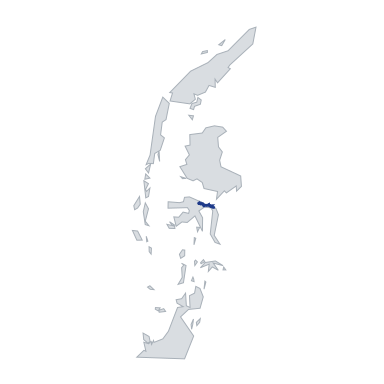 location of Donggala, Sulawesi Tengah, Indonesia, rotated 92°
{"feature_id": "22746128B11403753934380", "entity_name": "Donggala", "entity_type": "district", "adm_level": 2, "iso_a3": "IDN", "parent_name": "Indonesia", "parent_adm1": "Sulawesi Tengah", "projection": "mercator", "projection_center": [119.813, -0.351], "detail": "fine", "context": "in_parent", "style": "filled", "palette": "blue", "viewbox_px": 384, "rotation_deg": 92, "n_neighbors": 0, "source": "geoboundaries", "source_scale": "gbopen_adm2", "svg_char_len": 7031}
<svg xmlns="http://www.w3.org/2000/svg" viewBox="0 0 384 384"><g transform="rotate(92 192 192)"><path d="M130.1,159.7L136.5,168.2L146.0,167.1L150.9,163.1L159.3,165.5L165.8,163.9L174.3,143.9L184.7,142.8L189.6,147.5L184.4,148.0L191.7,157.6L189.7,159.7L198.4,167.3L190.6,166.5L188.1,180.1L182.1,182.1L178.7,187.5L180.8,191.3L178.5,197.3L167.1,205.0L164.6,198.1L159.9,199.7L155.0,195.9L146.4,200.5L145.2,195.6L134.7,196.2L132.7,183.8L127.4,180.4L125.1,171.9L126.1,163.6L130.1,159.7ZM25.0,133.8L41.9,136.4L63.6,158.5L66.3,160.3L67.5,158.0L82.0,170.3L78.4,172.9L86.6,172.4L84.9,178.7L91.7,182.1L95.2,189.8L93.8,193.5L99.2,191.9L104.0,197.2L101.8,217.1L93.7,214.9L93.4,217.7L71.3,197.6L62.1,180.5L53.7,171.9L49.6,160.9L27.5,140.4L25.0,133.8ZM359.0,193.6L359.0,241.4L351.9,234.5L352.8,232.5L343.8,234.9L345.2,230.1L342.8,227.6L343.6,227.2L345.1,227.4L345.9,227.1L341.7,225.3L343.6,224.7L339.8,216.0L332.0,210.7L307.9,202.4L306.9,196.8L303.7,203.0L300.2,204.1L299.0,198.6L293.3,194.9L305.9,193.7L307.5,189.9L295.7,190.9L293.0,185.9L286.2,184.9L288.1,180.7L296.4,177.1L307.9,179.9L309.5,191.4L317.2,199.1L335.9,185.3L359.0,193.6ZM241.6,167.2L233.3,172.3L210.1,170.6L207.3,172.5L206.3,178.6L210.7,184.5L217.4,180.5L230.9,180.2L215.8,188.2L222.6,195.7L222.3,201.0L226.8,206.6L217.5,209.3L217.7,204.4L212.4,200.2L213.5,194.6L210.6,194.0L207.8,196.0L209.0,215.4L202.6,215.5L203.1,204.0L202.0,200.2L197.6,199.3L197.0,194.4L202.3,181.1L204.7,180.8L203.8,175.1L207.8,167.4L213.8,164.8L234.6,168.3L243.2,162.2L241.6,167.2ZM104.2,217.8L120.6,220.5L123.2,224.2L136.0,225.4L138.9,221.5L151.4,225.2L154.8,230.6L165.0,231.6L164.9,236.1L166.3,238.8L156.6,235.2L117.6,231.1L98.2,224.5L104.2,217.8ZM262.3,168.3L269.3,163.0L266.2,169.1L270.8,172.9L263.5,172.3L267.4,181.0L262.0,176.3L260.1,166.2L264.5,158.4L262.3,168.3ZM265.7,195.4L283.0,197.4L284.8,202.7L277.7,198.8L268.0,199.7L265.2,197.6L263.6,200.0L265.7,195.4ZM226.2,237.6L213.4,240.0L204.5,238.3L210.3,234.9L222.8,237.7L227.2,233.9L226.2,237.6ZM189.5,234.2L198.0,235.3L199.5,238.0L182.4,240.5L185.2,235.8L191.0,238.5L193.0,237.5L189.5,234.2ZM241.8,240.1L242.1,245.4L232.5,250.2L232.9,245.0L241.8,240.1ZM104.0,186.7L106.3,192.5L109.6,193.3L108.5,196.9L103.6,195.1L102.1,190.4L97.3,189.4L99.7,186.0L104.0,186.7ZM341.2,235.1L334.7,236.0L337.9,229.9L342.9,228.6L344.5,230.9L341.2,235.1ZM206.0,243.3L209.9,245.8L211.7,248.7L207.7,249.7L198.3,244.3L206.0,243.3ZM256.0,197.1L258.7,201.0L254.7,202.4L250.1,199.5L250.3,197.2L256.0,197.1ZM165.5,234.3L174.5,236.1L170.4,239.4L165.5,234.3ZM179.6,234.6L180.9,239.6L175.6,238.9L179.6,234.6ZM119.8,194.2L115.4,197.9L115.8,193.2L119.8,194.2ZM312.3,214.2L313.3,220.6L311.3,220.9L309.6,216.2L312.3,214.2ZM162.6,225.4L155.7,227.4L152.7,226.3L162.6,225.4ZM229.1,207.8L229.1,213.5L225.2,215.9L226.7,208.3L229.1,207.8ZM38.5,164.1L44.7,167.4L43.9,170.4L38.5,164.1ZM53.7,187.5L51.3,186.3L50.1,181.6L52.0,181.5L53.7,187.5ZM288.6,233.1L287.2,230.8L290.9,226.6L290.7,230.4L288.6,233.1ZM281.5,175.0L288.7,176.6L280.6,176.0L281.5,175.0ZM238.1,186.6L244.7,188.2L237.5,188.1L238.1,186.6ZM226.0,210.6L222.5,213.4L225.6,208.3L226.0,210.6ZM318.2,179.3L321.9,179.8L325.4,182.5L322.1,183.1L318.2,179.3ZM255.5,230.7L253.1,232.7L248.2,233.0L249.5,230.6L255.5,230.7ZM312.0,221.6L310.4,224.6L308.8,224.5L308.9,219.8L312.0,221.6ZM265.4,186.6L261.1,187.1L259.9,186.1L261.7,184.2L265.4,186.6ZM318.9,186.1L324.2,186.6L329.2,187.6L324.4,188.3L318.9,186.1ZM227.1,183.1L231.5,185.1L227.0,186.1L227.1,183.1ZM268.8,158.3L265.9,157.7L268.7,155.5L268.8,158.3ZM237.8,236.2L242.7,234.4L243.3,235.5L237.8,236.2ZM281.5,186.8L280.7,189.5L277.0,188.1L278.8,187.3L281.5,186.8ZM179.0,202.0L177.1,203.8L178.6,198.3L179.0,202.0ZM261.1,176.8L263.4,180.4L262.5,181.0L259.2,178.2L261.1,176.8Z" fill="#d9dde1" stroke="#a8b0b8" stroke-width="1"/><path d="M206.9,169.1L206.6,169.1L206.4,169.1L206.3,169.3L206.2,169.3L206.1,169.5L206.1,170.0L206.1,170.5L206.2,170.8L205.9,171.0L205.6,171.0L205.3,171.0L205.2,171.0L205.0,171.3L205.0,171.6L204.8,171.9L204.7,172.1L204.8,172.1L204.9,172.4L205.1,172.3L205.1,172.7L205.2,172.8L205.0,173.0L204.9,172.9L204.6,172.9L204.3,172.8L204.2,172.9L204.2,173.1L204.4,173.2L204.6,173.4L204.6,173.5L204.8,173.6L205.0,173.9L204.9,174.2L205.0,174.5L204.9,174.9L204.7,175.2L204.6,175.3L204.4,175.3L204.2,175.3L204.2,175.1L204.0,174.9L203.9,174.7L203.5,174.4L203.4,174.4L203.5,174.5L203.4,174.6L203.2,174.6L203.2,174.8L203.3,174.9L203.3,175.0L203.4,175.3L203.6,175.4L203.7,175.5L203.8,175.6L204.1,175.4L204.4,175.4L204.5,175.5L204.4,175.6L204.5,175.8L204.4,176.1L204.4,176.4L204.2,176.5L204.2,176.8L204.1,177.0L204.1,177.4L204.1,177.7L204.1,177.9L204.1,178.1L204.2,178.4L204.3,178.5L204.3,178.9L204.5,179.1L204.4,179.2L204.5,179.4L204.6,179.5L204.8,179.5L204.8,179.4L204.9,179.2L205.1,179.1L205.3,179.1L204.9,179.5L205.3,179.6L205.5,179.5L205.4,179.7L205.2,179.8L205.1,180.0L204.9,180.1L205.0,180.1L205.3,180.3L205.5,180.3L205.8,180.3L206.0,180.3L206.1,180.7L206.1,180.4L206.0,180.2L206.1,179.9L206.0,179.7L206.0,179.4L206.0,179.2L205.9,179.1L205.9,178.8L205.8,178.7L205.7,178.7L205.5,178.3L205.4,178.2L205.4,177.9L205.3,177.7L205.3,177.4L205.2,177.2L205.3,177.1L205.2,177.1L205.3,176.9L205.3,176.7L205.2,176.6L205.3,176.4L205.2,176.2L205.4,176.0L205.3,175.8L205.2,175.7L205.2,175.3L205.3,175.4L205.4,175.2L205.5,175.0L205.4,174.8L205.5,174.6L205.4,174.6L205.5,174.4L205.5,174.1L205.6,173.9L205.8,173.8L205.8,173.7L206.1,173.6L206.2,173.4L206.2,173.2L206.4,173.2L206.5,173.1L206.6,172.9L206.6,172.7L206.4,172.5L206.3,172.4L206.3,172.1L206.4,171.9L206.5,171.7L206.8,171.5L206.7,171.4L206.8,171.2L207.0,171.1L207.0,170.8L207.0,170.6L207.2,170.3L207.3,170.3L207.3,170.2L207.3,169.9L207.3,169.6L207.3,169.4L207.0,169.2L206.9,169.1ZM204.4,180.4L204.3,180.1L204.3,179.9L204.2,179.6L204.0,179.3L204.0,179.2L203.9,179.2L203.8,179.4L203.7,179.5L203.4,179.7L203.4,179.8L203.5,179.8L203.6,180.0L203.4,180.1L203.4,180.3L203.3,180.2L203.1,180.3L203.1,180.5L202.8,180.7L202.7,180.7L202.7,180.8L202.6,181.1L202.6,181.3L202.6,181.7L202.6,181.9L202.8,181.9L202.8,182.0L202.7,182.1L202.8,182.1L202.7,182.2L202.8,182.2L202.8,182.3L202.9,182.7L203.0,182.7L203.0,182.8L203.0,183.0L202.7,182.9L202.7,183.3L202.4,183.6L202.2,183.8L202.0,184.0L202.3,184.0L202.2,184.1L201.9,184.1L201.8,184.3L202.1,184.7L202.3,184.8L202.4,185.0L202.4,184.9L202.5,185.0L202.5,184.9L202.5,185.0L202.7,184.9L202.8,184.9L202.9,184.7L203.0,184.8L203.1,184.7L203.2,184.8L203.2,184.7L203.2,184.8L203.3,184.9L203.5,185.0L203.4,185.0L203.5,185.0L203.8,185.0L203.9,184.9L204.0,184.9L204.0,184.6L203.9,184.5L203.9,184.3L204.0,184.2L204.0,183.9L204.0,183.7L204.2,183.4L204.2,183.2L204.3,183.2L204.4,182.9L204.4,182.4L204.2,182.1L204.1,181.9L203.9,181.9L203.7,181.9L203.4,181.7L203.3,181.8L203.3,181.6L203.3,181.4L203.5,181.4L203.9,181.1L204.0,181.2L204.3,181.1L204.2,181.0L204.2,180.9L204.2,180.7L204.4,180.5L204.4,180.4ZM204.8,170.6L204.8,170.8L204.8,170.7L205.0,170.7L204.8,170.6ZM205.2,171.0L205.2,170.9L205.1,171.0L205.2,171.0ZM204.4,170.3L204.3,170.2L204.3,170.3L204.4,170.3Z" fill="#3b82f6" stroke="#1e3a8a" stroke-width="1.5"/></g></svg>